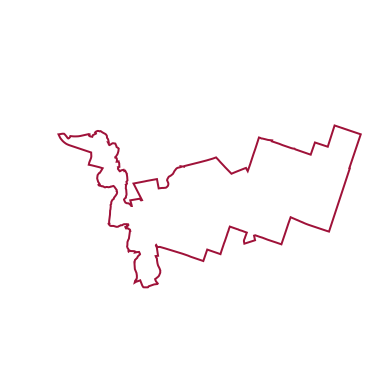 Fundeni, Calarasi, Romania (orthographic projection), rotated 17°
{"feature_id": "2599482B18444720984708", "entity_name": "Fundeni", "entity_type": "district", "adm_level": 2, "iso_a3": "ROU", "parent_name": "Romania", "parent_adm1": "Calarasi", "projection": "orthographic", "projection_center": [26.34, 44.401], "detail": "fine", "context": "isolated", "style": "outline", "palette": "rose", "viewbox_px": 384, "rotation_deg": 17, "n_neighbors": 0, "source": "geoboundaries", "source_scale": "gbopen_adm2", "svg_char_len": 5929}
<svg xmlns="http://www.w3.org/2000/svg" viewBox="0 0 384 384"><g transform="rotate(17 192 192)"><path d="M334.6,189.8L336.0,123.3L335.5,123.3L335.5,122.9L336.5,87.5L308.9,86.7L308.6,109.0L295.1,108.7L294.8,116.2L294.6,121.6L278.2,121.0L277.5,120.6L276.9,120.6L276.3,120.9L274.2,121.0L264.9,120.7L261.3,120.4L253.5,120.2L253.5,119.2L251.0,119.7L249.3,120.0L246.9,120.1L243.6,120.3L243.1,120.5L242.6,120.5L241.5,120.3L240.1,120.3L240.0,127.7L239.9,132.8L239.7,138.0L239.5,148.6L239.2,155.8L237.6,154.3L236.6,153.2L235.5,154.0L228.1,159.9L224.4,163.0L216.2,158.5L214.7,157.6L209.8,154.8L208.1,153.7L204.9,151.9L202.1,154.0L196.8,157.5L190.8,161.2L177.0,169.5L177.1,170.1L173.5,170.7L173.9,171.5L171.0,173.2L170.2,174.2L169.1,177.1L168.5,180.2L168.0,181.0L166.8,182.7L165.3,184.2L164.7,186.8L164.7,187.5L164.7,188.0L166.8,190.5L167.2,191.9L167.2,193.1L166.6,194.4L165.8,195.5L163.7,196.4L161.9,197.0L159.1,198.3L154.7,189.9L145.4,194.7L144.0,195.5L133.6,201.0L146.6,214.4L146.0,214.8L145.7,214.9L145.2,214.6L144.2,213.6L135.4,218.0L138.1,222.2L138.5,223.0L138.2,223.1L137.9,223.1L137.0,222.3L134.8,221.4L134.5,221.4L133.1,221.8L131.5,221.6L130.6,220.8L129.3,219.3L129.2,219.1L129.3,218.8L129.5,218.1L129.8,217.5L130.4,216.8L130.3,216.1L130.1,215.5L130.2,214.0L130.0,213.1L129.6,212.1L128.4,209.0L128.2,208.7L127.7,208.1L127.2,206.1L126.8,204.4L126.6,204.3L126.9,203.8L127.1,203.9L127.3,203.0L127.3,202.7L126.3,201.5L126.9,199.8L126.2,198.1L125.7,196.7L125.0,195.2L124.3,193.9L124.4,193.7L121.9,191.2L121.1,191.8L120.2,190.7L117.8,192.1L117.7,192.5L117.2,193.1L116.9,193.3L116.5,193.1L114.4,191.5L114.4,190.5L114.3,190.3L114.0,189.9L115.2,189.2L114.6,187.6L114.1,186.1L113.5,185.1L113.1,184.8L112.8,184.2L111.5,185.0L111.1,185.1L111.1,184.1L110.9,183.4L110.2,181.9L110.0,181.7L109.4,181.6L108.8,181.6L108.6,181.6L108.5,181.4L108.4,181.1L108.9,180.6L109.2,179.1L109.6,178.0L109.7,177.0L109.7,174.6L109.2,171.9L108.4,171.5L107.0,171.1L106.6,170.9L106.0,169.8L105.0,168.8L104.7,168.3L104.5,168.1L102.4,168.4L102.1,168.5L101.8,168.6L101.5,168.9L99.9,170.8L99.5,171.1L99.3,171.3L99.2,171.3L98.4,170.6L97.8,169.8L97.1,169.1L97.9,168.9L97.1,167.4L96.3,166.1L95.7,165.6L94.9,165.0L94.2,163.3L93.9,162.9L92.8,162.1L92.4,161.9L91.5,161.7L89.0,161.2L86.8,160.5L86.0,161.0L85.2,160.9L84.2,161.1L83.7,161.3L82.9,162.0L82.3,162.8L82.2,162.8L82.0,163.4L82.6,163.6L82.8,163.8L83.1,164.2L80.6,166.6L80.5,168.3L80.4,168.3L79.6,168.5L78.4,168.6L77.9,168.5L77.3,167.2L77.2,167.0L76.7,167.6L76.4,167.0L76.2,166.9L68.6,171.2L66.9,172.0L65.2,172.6L63.7,173.1L62.2,173.5L59.3,174.1L59.3,175.1L59.0,175.8L58.6,176.5L58.1,176.9L57.9,176.7L57.4,176.8L57.2,176.7L55.6,175.5L53.8,174.3L53.0,173.9L52.5,173.7L50.9,174.2L49.0,175.2L47.5,175.9L49.5,178.1L50.4,179.0L51.2,179.6L53.2,180.9L54.4,181.5L55.3,181.9L57.3,182.6L58.8,182.9L60.7,183.1L84.0,183.7L85.3,187.3L85.4,187.9L85.5,188.8L85.4,190.6L85.1,193.9L85.2,194.1L85.3,196.1L88.2,195.8L96.0,195.4L99.6,195.4L99.0,198.0L98.2,200.7L98.0,200.9L97.6,201.1L96.8,203.4L96.8,203.5L97.3,206.6L97.5,207.0L99.2,209.6L101.4,211.5L101.2,211.7L100.5,212.5L100.8,212.8L101.5,213.0L102.8,212.8L104.3,212.9L104.4,212.7L105.3,212.6L105.9,212.7L106.4,212.9L107.1,213.0L107.3,213.0L107.7,212.9L108.4,212.3L108.7,212.2L109.5,212.0L111.0,211.8L111.8,211.3L112.2,211.1L112.5,210.9L112.7,210.6L112.8,210.5L113.0,210.4L113.3,210.4L114.9,209.3L115.1,209.2L116.1,209.6L119.5,212.2L119.6,213.1L119.8,213.1L120.3,213.8L120.5,214.3L120.6,215.2L120.6,215.8L120.2,217.3L119.5,219.3L119.2,219.9L119.1,220.3L119.2,221.0L119.1,221.7L118.3,222.5L117.9,224.1L117.8,224.7L117.8,225.4L118.2,227.0L118.1,227.8L117.9,228.2L118.5,229.5L119.1,232.5L119.1,233.5L120.2,237.7L121.2,243.6L121.6,245.3L122.2,246.2L121.5,246.7L121.6,246.9L122.1,247.3L123.2,248.0L123.6,248.1L123.8,248.2L125.0,248.0L126.8,247.4L129.8,247.4L131.3,246.9L132.4,245.7L133.0,245.3L133.5,244.7L134.7,244.3L135.0,244.1L135.8,243.1L136.4,242.7L139.1,241.8L140.4,241.6L140.8,242.3L140.6,242.8L140.2,243.0L139.8,243.4L140.0,243.9L138.5,245.0L139.5,246.1L140.5,245.8L141.5,245.6L142.0,245.6L142.9,246.1L143.5,246.1L143.8,246.3L144.1,246.9L144.4,247.4L144.1,247.6L145.3,255.0L145.1,256.2L145.0,256.6L144.9,258.7L145.7,261.6L145.8,262.2L145.8,262.9L146.6,264.2L146.9,264.5L147.7,265.1L148.0,265.5L148.6,267.3L148.8,267.5L149.6,266.2L150.6,266.4L153.9,265.5L155.2,265.6L155.1,266.6L156.1,266.1L157.1,265.5L158.9,264.8L160.4,266.5L160.5,266.7L160.0,267.8L159.5,268.5L159.1,269.3L158.9,270.1L158.9,270.6L158.9,270.9L158.6,271.4L157.4,273.6L157.4,274.5L157.8,276.4L157.6,276.4L159.2,280.6L159.9,282.4L162.6,285.7L163.7,288.0L164.4,290.3L164.4,291.9L164.1,292.0L163.9,292.9L163.6,293.4L163.7,295.4L164.5,294.5L165.0,294.0L166.2,293.2L168.3,291.6L171.8,296.0L172.8,296.9L173.4,297.3L173.5,297.3L177.0,296.3L177.7,296.0L177.9,295.8L178.0,295.1L178.2,294.8L178.5,294.6L181.5,292.4L182.7,291.5L185.8,290.1L186.0,289.5L183.7,288.0L183.1,287.3L182.4,286.4L182.2,286.1L182.4,285.9L182.8,285.3L184.0,283.5L184.5,282.7L184.8,282.0L184.9,281.8L185.2,278.9L185.2,278.5L185.1,278.0L184.8,277.1L184.6,276.2L184.1,275.7L183.5,274.8L182.3,273.5L181.3,272.5L180.7,271.7L179.9,270.4L178.5,267.5L177.9,265.9L177.7,265.6L177.0,265.2L176.0,263.9L178.2,262.9L177.3,261.1L174.6,255.4L174.2,254.9L173.2,253.9L173.1,253.7L173.1,253.3L173.2,253.1L174.0,253.8L175.0,254.9L177.0,254.0L177.4,253.9L182.6,253.8L200.9,253.8L206.6,254.0L209.9,254.3L223.0,254.7L223.4,242.6L237.4,243.1L237.4,240.0L237.6,233.2L237.6,232.1L237.8,229.4L238.0,223.0L238.0,220.8L238.2,217.9L238.1,217.0L238.3,214.0L245.9,214.3L247.4,214.3L248.1,214.5L251.3,214.5L251.6,214.5L251.8,214.5L252.3,214.6L256.3,214.8L256.0,219.5L256.0,221.1L255.9,221.6L255.8,222.1L255.9,223.6L256.5,224.8L257.2,226.1L266.4,219.7L264.1,215.6L265.1,214.9L270.0,215.1L272.7,215.1L278.3,215.5L286.9,215.7L292.8,215.9L293.1,205.9L293.4,193.6L293.7,187.3L309.9,189.1L313.1,189.3L324.6,189.6L332.3,189.8L334.6,189.8Z" fill="none" stroke="#9f1239" stroke-width="2"/></g></svg>